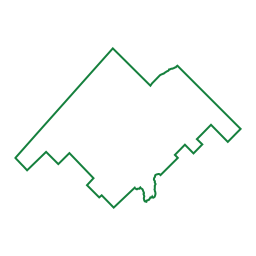 outline of General Arenales, Buenos Aires, Argentina
{"feature_id": "61730980B49819801652443", "entity_name": "General Arenales", "entity_type": "district", "adm_level": 2, "iso_a3": "ARG", "parent_name": "Argentina", "parent_adm1": "Buenos Aires", "projection": "mercator", "projection_center": [-61.209, -34.239], "detail": "fine", "context": "isolated", "style": "outline", "palette": "green", "viewbox_px": 256, "rotation_deg": 0, "n_neighbors": 0, "source": "geoboundaries", "source_scale": "gbopen_adm2", "svg_char_len": 3122}
<svg xmlns="http://www.w3.org/2000/svg" viewBox="0 0 256 256"><path d="M177.4,65.7L177.1,65.9L177.0,66.1L176.8,66.3L176.6,66.4L176.4,66.5L176.2,66.8L176.0,67.1L175.8,67.3L175.4,67.4L175.2,67.4L175.0,67.5L174.7,67.6L174.4,67.7L174.2,67.9L174.0,68.1L173.7,68.2L173.2,68.3L172.9,68.5L172.5,68.7L172.2,68.6L171.7,68.7L171.4,68.7L171.1,68.8L170.8,69.0L170.6,69.0L170.4,69.1L170.2,69.3L169.9,69.4L169.6,69.4L169.4,69.4L169.1,69.4L169.0,69.6L168.9,70.0L168.7,70.3L168.5,70.5L168.3,70.7L168.1,70.9L167.7,71.0L167.4,71.1L167.1,71.2L166.8,71.5L166.5,71.6L166.3,71.7L165.9,72.0L165.5,72.3L165.3,72.4L165.0,72.6L164.7,72.7L164.4,73.1L164.1,73.2L164.0,73.3L163.9,73.5L163.6,73.7L163.2,73.8L162.8,73.8L162.6,73.9L162.4,74.0L162.1,74.1L161.9,74.3L161.7,74.4L161.3,74.5L161.1,74.6L160.8,74.7L160.6,74.8L160.4,75.0L160.1,75.1L159.9,75.3L159.7,75.5L152.0,83.4L150.4,85.7L121.4,56.9L113.0,48.6L112.8,48.4L59.7,108.0L37.7,132.7L32.3,138.8L15.4,157.9L15.4,158.0L21.8,164.7L23.3,166.2L27.1,170.3L46.1,151.9L58.3,164.1L69.4,153.1L93.5,178.2L87.0,185.2L99.2,197.4L101.7,195.3L113.7,207.6L134.6,187.8L134.7,188.1L134.8,188.2L135.2,188.3L135.4,188.4L135.7,188.7L136.0,188.9L136.3,189.1L136.6,189.2L136.8,189.3L137.0,189.3L137.2,189.1L137.4,188.9L137.8,188.7L138.3,188.6L138.7,188.7L139.2,188.8L139.6,188.5L139.8,188.2L140.0,187.7L140.3,187.4L140.6,187.8L140.8,188.1L141.0,188.3L141.4,188.6L141.9,188.8L142.4,189.2L142.7,189.6L142.8,190.1L143.0,190.6L143.2,191.1L143.4,191.6L143.7,192.2L143.9,192.8L144.0,193.0L144.0,193.3L143.8,193.6L143.7,193.8L143.5,194.0L143.6,194.4L143.8,194.6L143.9,195.1L144.0,195.6L144.2,195.9L144.3,196.3L144.2,196.8L144.0,197.3L143.9,197.8L143.8,198.3L143.9,198.8L144.1,199.6L144.2,200.1L144.3,200.5L144.5,200.8L144.7,201.2L144.9,201.4L145.3,201.5L145.6,201.6L145.9,201.6L146.2,201.7L146.2,201.3L146.1,201.1L146.3,200.8L146.5,200.6L146.8,200.6L147.2,200.6L147.5,200.5L147.9,200.2L148.1,200.0L148.6,199.9L149.0,199.8L149.2,199.6L149.4,199.2L149.5,198.8L149.9,198.4L150.1,198.0L150.3,197.7L150.4,197.4L150.7,197.3L151.1,197.3L151.4,197.5L151.6,197.5L151.9,197.3L152.0,197.1L152.1,196.9L152.2,196.7L152.3,196.9L152.4,197.1L152.6,197.2L152.7,197.4L152.9,197.6L153.2,197.7L153.5,197.6L153.8,197.4L154.1,197.2L154.3,197.0L154.6,196.8L154.7,196.4L155.0,195.9L155.1,195.5L155.2,195.1L155.4,194.6L155.4,194.1L155.5,193.6L155.4,192.8L155.3,192.2L155.2,191.7L154.9,191.2L154.8,190.5L154.8,190.0L154.5,189.3L154.7,189.0L154.8,188.3L154.8,187.7L154.8,187.2L154.9,186.7L154.8,186.4L154.7,186.1L154.8,185.7L155.0,185.3L155.1,184.9L155.3,184.7L155.5,184.4L155.5,184.0L155.5,183.8L155.3,183.5L155.0,182.9L154.8,182.6L154.8,182.3L154.8,181.9L154.9,181.5L154.8,181.1L154.6,180.7L154.3,180.3L154.0,179.9L153.9,179.3L154.0,178.8L154.1,178.3L154.3,177.8L154.6,177.3L154.9,177.0L155.0,176.6L155.1,176.2L155.1,175.8L155.2,175.3L155.5,175.1L155.8,174.8L156.5,174.5L157.1,174.3L157.8,174.2L158.3,174.0L159.0,174.0L159.5,174.2L159.9,174.4L160.3,174.9L160.5,175.1L177.8,157.9L174.9,154.9L184.9,144.7L193.5,153.4L202.3,144.4L196.9,139.1L202.1,133.9L211.0,124.8L227.8,141.9L240.6,128.9L177.4,65.7Z" fill="none" stroke="#15803d" stroke-width="2"/></svg>